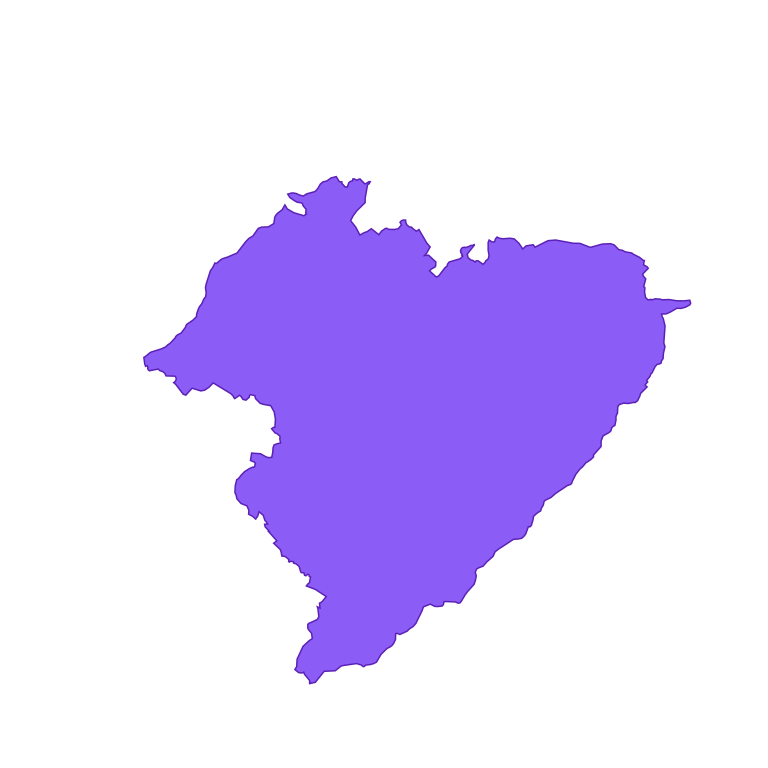 outline of Rebra, Bistrita-Nasaud, Romania, rotated 223°
{"feature_id": "2599482B64349342212864", "entity_name": "Rebra", "entity_type": "district", "adm_level": 2, "iso_a3": "ROU", "parent_name": "Romania", "parent_adm1": "Bistrita-Nasaud", "projection": "robinson", "projection_center": [24.525, 47.344], "detail": "fine", "context": "isolated", "style": "filled", "palette": "violet", "viewbox_px": 768, "rotation_deg": 223, "n_neighbors": 0, "source": "geoboundaries", "source_scale": "gbopen_adm2", "svg_char_len": 6159}
<svg xmlns="http://www.w3.org/2000/svg" viewBox="0 0 768 768"><g transform="rotate(223 384 384)"><path d="M570.4,234.3L569.6,235.9L568.4,235.4L567.2,234.0L565.5,233.5L564.5,233.8L559.4,240.9L557.0,240.9L554.6,242.1L551.8,242.4L548.9,241.3L542.3,247.1L540.3,246.8L539.0,245.5L538.4,243.2L538.8,241.6L536.1,241.7L523.9,239.6L521.3,240.7L521.5,250.0L513.3,254.0L511.0,257.1L509.8,261.9L509.7,268.3L489.3,272.5L485.9,272.3L485.1,271.8L483.2,271.5L481.9,277.3L479.5,277.3L476.7,276.5L473.9,278.1L473.5,282.5L474.6,283.9L474.3,285.3L470.4,287.4L468.0,285.7L461.3,285.4L457.9,287.1L452.1,290.9L445.3,288.7L439.5,284.3L434.2,277.9L435.2,277.1L435.7,274.6L430.4,273.9L428.8,274.6L424.9,274.9L424.0,274.5L422.8,272.8L419.4,270.3L421.4,267.5L422.8,264.5L421.8,261.9L418.8,258.2L416.1,253.8L418.2,251.4L420.4,250.3L426.7,248.8L433.7,243.2L429.5,237.0L425.4,238.5L423.9,238.1L422.2,235.1L422.5,234.2L423.4,233.6L424.8,230.2L426.2,224.8L426.3,219.5L425.9,215.5L426.4,213.5L423.5,208.3L419.3,203.3L418.2,202.5L416.6,202.0L413.2,199.7L407.1,199.1L401.2,201.4L396.7,199.5L394.2,196.4L390.0,197.6L385.7,197.7L386.3,201.4L388.3,205.4L382.8,205.6L377.8,202.9L376.5,203.0L373.6,202.1L375.7,200.0L373.5,198.5L367.7,198.0L368.0,197.4L355.4,196.2L356.1,192.3L347.1,192.2L344.5,190.9L341.4,188.5L338.5,190.5L333.7,190.7L332.7,189.1L331.8,189.2L331.3,190.7L328.9,192.3L327.9,191.3L325.7,192.5L321.8,192.7L316.6,189.7L315.8,189.7L313.8,191.3L311.6,189.9L310.3,190.5L310.0,192.8L308.7,193.3L307.4,192.3L306.2,192.8L303.1,188.0L303.3,185.6L303.0,183.3L294.3,186.9L281.3,189.2L280.8,182.5L281.7,179.7L278.0,176.5L280.8,175.6L279.0,174.5L273.1,169.5L272.4,167.5L272.3,165.9L275.9,157.2L275.6,156.0L273.2,153.5L271.6,152.8L267.2,152.4L262.8,148.9L263.7,145.2L264.3,136.9L259.9,123.5L255.1,117.7L254.4,114.4L249.6,114.7L247.0,116.6L246.1,118.5L244.3,117.5L236.8,116.5L235.0,115.8L235.1,115.1L234.0,114.2L230.8,119.0L231.8,133.1L224.1,141.0L223.0,148.5L221.7,150.5L213.4,160.8L208.8,163.1L206.8,163.0L205.9,163.7L205.5,166.2L202.8,169.3L201.1,172.1L199.8,175.4L201.8,184.3L201.4,192.8L200.3,195.5L199.8,198.4L200.1,201.1L201.3,204.9L205.2,209.4L204.5,210.5L201.6,211.6L198.5,219.0L198.4,222.3L197.3,226.3L197.4,230.6L201.5,244.1L203.2,247.9L200.0,254.6L195.3,255.9L192.7,258.1L190.0,261.4L190.1,263.2L191.7,265.6L190.5,267.0L183.3,273.2L180.2,274.3L179.2,275.7L179.2,277.5L180.8,284.8L181.3,289.0L181.5,298.9L183.2,302.7L185.7,306.7L188.7,308.4L190.1,311.6L189.5,313.9L187.3,318.4L187.5,323.5L186.7,332.4L188.3,337.0L187.7,341.1L183.3,358.9L180.2,362.1L178.1,365.0L177.8,367.7L178.0,370.8L181.1,378.1L179.8,379.2L179.8,381.1L182.4,386.3L184.4,389.3L183.9,394.5L182.9,398.1L184.1,400.3L184.9,404.1L186.8,407.2L186.7,409.2L184.5,414.9L183.8,421.3L180.7,434.6L179.0,437.9L179.0,439.2L180.1,441.8L182.1,448.8L182.7,455.1L182.3,458.7L182.6,464.0L181.2,469.7L181.0,473.5L182.4,475.0L182.6,486.3L186.4,490.5L188.4,495.5L186.3,502.0L186.1,504.5L187.6,507.4L187.5,509.3L186.9,511.2L189.9,516.1L191.9,518.0L193.0,520.4L193.2,521.7L197.5,526.8L197.9,529.3L195.9,533.2L191.9,536.5L189.2,540.3L187.7,541.7L187.1,544.6L188.6,549.5L189.9,552.0L189.6,561.3L192.1,561.2L192.5,561.8L192.6,565.4L194.3,565.6L194.7,571.0L195.8,573.7L195.5,574.8L197.6,581.8L197.6,585.0L196.4,586.1L195.6,588.4L196.7,589.8L197.2,592.9L200.5,596.9L204.0,603.0L207.3,604.8L218.0,618.1L224.4,622.3L226.6,623.0L228.7,624.5L225.5,627.6L223.7,631.8L221.5,639.1L218.3,641.9L215.9,645.8L214.3,650.5L214.9,652.3L217.5,653.8L221.4,649.3L226.4,644.7L233.2,640.1L238.2,635.1L239.8,634.5L243.7,631.3L245.7,627.9L246.5,628.0L248.2,625.6L251.6,625.6L252.6,626.3L256.1,628.9L258.8,632.3L260.5,632.4L264.3,639.4L268.5,639.9L269.8,641.2L269.6,648.8L271.3,649.2L275.5,648.2L277.8,651.8L278.2,651.3L283.5,650.9L290.4,648.9L292.1,648.8L297.7,645.2L300.7,644.4L303.9,642.4L310.5,642.7L313.9,641.2L319.8,635.2L326.3,624.6L336.6,620.5L341.6,616.0L356.6,606.4L361.8,600.7L366.9,587.0L369.9,587.6L374.3,581.9L374.6,577.4L381.5,579.0L387.8,578.9L391.3,576.5L396.1,571.3L399.2,569.2L401.5,568.6L401.4,566.0L400.1,563.5L401.8,561.6L405.3,561.0L404.4,558.6L399.0,552.8L394.9,549.7L393.1,546.6L393.6,543.2L393.0,542.2L393.2,539.1L399.1,538.3L400.5,537.1L400.6,535.3L403.4,535.0L404.6,534.0L408.7,533.7L411.7,535.8L412.6,547.1L413.1,547.4L413.5,546.2L415.3,544.1L415.3,543.1L417.7,539.0L418.5,538.9L419.4,537.6L419.8,536.0L418.9,533.5L418.3,533.6L417.5,532.5L415.3,532.1L415.0,531.2L413.6,531.2L413.7,527.6L419.5,517.8L419.3,514.9L418.2,513.3L418.7,510.8L417.7,500.4L418.7,497.9L427.9,497.8L427.7,500.6L426.5,504.2L426.6,505.4L429.3,508.6L439.2,508.6L442.0,505.6L442.0,508.5L443.7,515.7L448.9,516.3L463.8,520.8L464.5,517.8L468.8,517.3L470.7,517.5L472.9,516.1L476.0,516.0L478.3,517.1L480.0,518.6L481.7,517.1L482.6,515.3L482.6,513.2L479.7,512.2L479.5,507.2L481.7,504.2L486.2,500.2L488.0,499.9L489.0,498.8L490.1,494.2L489.6,489.7L499.2,488.9L500.2,484.0L501.7,481.2L503.2,476.5L511.8,479.5L519.8,480.7L521.3,486.0L522.0,492.1L521.5,503.8L524.4,506.9L531.6,518.0L531.9,519.5L531.4,520.3L532.1,522.5L533.0,521.8L534.0,517.9L534.8,517.3L541.3,517.6L542.2,516.5L542.7,514.6L545.7,513.7L546.6,512.7L545.6,511.2L546.8,509.1L547.0,507.2L545.2,503.2L546.9,501.6L551.6,502.0L552.7,503.1L553.7,502.1L555.0,501.6L560.4,503.1L563.3,498.5L564.3,493.4L566.5,490.2L566.9,486.7L565.8,482.3L565.6,478.5L566.0,477.2L570.2,470.4L571.2,466.5L574.4,464.7L578.0,463.5L580.7,461.8L581.9,460.6L583.9,457.2L580.0,456.2L574.8,456.9L571.5,457.7L568.0,460.1L566.2,460.2L564.9,459.2L560.0,458.6L558.0,455.7L556.7,455.5L557.4,452.4L566.7,447.8L574.1,446.1L578.6,447.4L577.3,442.0L578.3,436.3L578.2,433.5L577.5,431.3L574.0,426.2L575.7,420.1L580.6,415.1L582.1,412.0L580.8,402.9L582.1,398.4L582.2,393.6L580.8,379.5L585.1,369.9L587.4,365.8L588.1,363.8L588.8,357.8L590.2,357.2L588.7,352.5L588.2,348.4L582.3,336.0L580.2,332.6L576.5,329.7L574.0,326.3L573.8,323.6L572.0,318.4L571.7,314.8L571.0,312.5L568.8,307.5L567.1,305.3L567.3,300.3L568.9,293.4L568.8,292.1L567.9,290.0L567.1,283.0L568.6,278.7L568.7,276.6L568.2,275.8L568.2,267.6L568.8,265.6L569.0,262.3L570.7,258.0L575.9,248.9L576.5,247.2L577.3,241.1L577.8,239.7L572.7,235.5L570.4,234.3Z" fill="#8b5cf6" stroke="#5b21b6" stroke-width="1.5"/></g></svg>